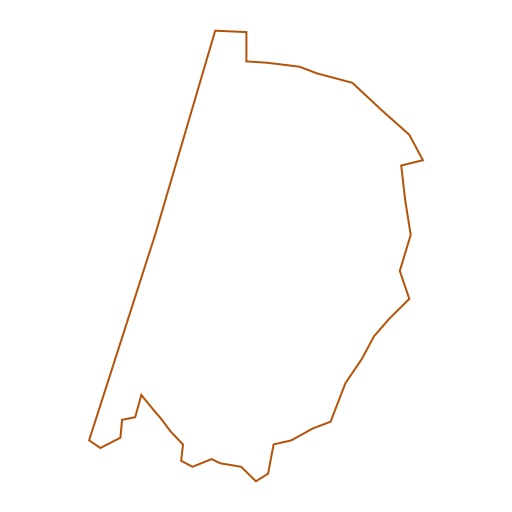 Syrianochori, Cyprus (Robinson projection)
{"feature_id": "46923920B17336171931984", "entity_name": "Syrianochori", "entity_type": "district", "adm_level": 2, "iso_a3": "CYP", "parent_name": "Cyprus", "parent_adm1": "", "projection": "robinson", "projection_center": [32.933, 35.219], "detail": "fine", "context": "isolated", "style": "outline", "palette": "amber", "viewbox_px": 512, "rotation_deg": 0, "n_neighbors": 0, "source": "geoboundaries", "source_scale": "gbopen_adm2", "svg_char_len": 623}
<svg xmlns="http://www.w3.org/2000/svg" viewBox="0 0 512 512"><path d="M100.4,448.0L120.4,437.7L122.1,419.8L135.2,417.2L141.3,395.0L152.5,408.7L161.2,418.9L170.8,431.7L183.0,444.5L181.2,460.8L192.5,466.8L211.6,459.1L220.3,463.3L241.2,466.8L255.9,481.3L268.1,473.6L273.6,444.4L291.2,440.4L312.9,428.4L330.6,421.7L345.5,383.0L361.8,359.0L374.0,336.3L389.0,319.0L409.3,298.9L399.8,270.9L410.7,234.9L405.2,200.2L401.2,165.5L422.9,160.2L409.3,134.8L380.8,109.4L352.3,82.8L317.0,73.4L299.4,66.7L266.8,62.7L246.4,61.4L246.4,32.1L215.2,30.7L155.5,233.6L89.1,440.3L100.4,448.0Z" fill="none" stroke="#b45309" stroke-width="2"/></svg>